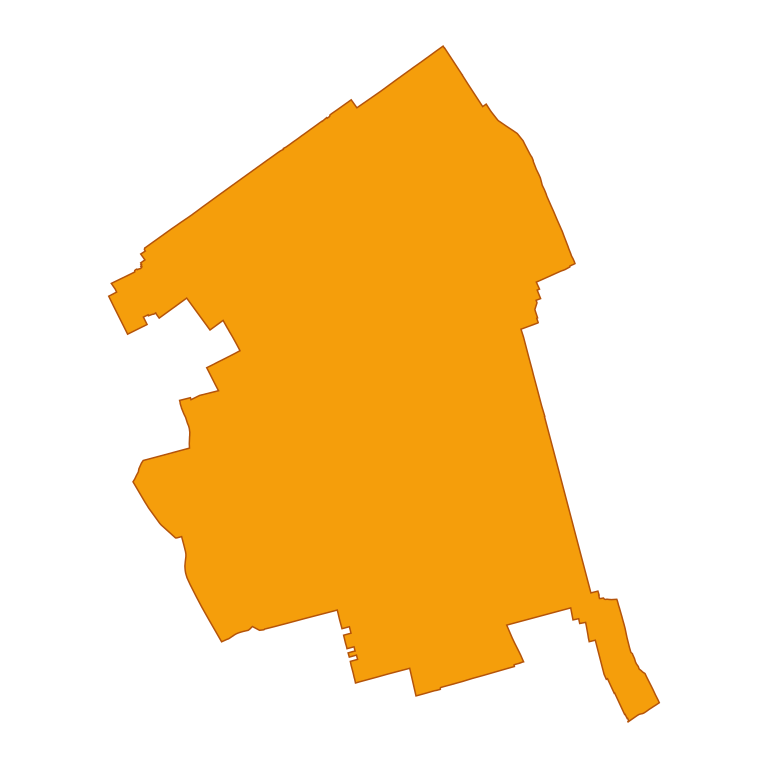 Delft, Zuid-Holland, Netherlands (Albers equal-area conic projection)
{"feature_id": "6326949B20459487982464", "entity_name": "Delft", "entity_type": "district", "adm_level": 2, "iso_a3": "NLD", "parent_name": "Netherlands", "parent_adm1": "Zuid-Holland", "projection": "albers", "projection_center": [4.365, 51.999], "detail": "fine", "context": "isolated", "style": "filled", "palette": "amber", "viewbox_px": 768, "rotation_deg": 0, "n_neighbors": 0, "source": "geoboundaries", "source_scale": "gbopen_adm2", "svg_char_len": 6016}
<svg xmlns="http://www.w3.org/2000/svg" viewBox="0 0 768 768"><path d="M659.3,702.7L658.2,700.3L657.3,698.5L655.5,695.0L652.9,689.4L651.5,686.6L647.2,678.1L646.3,676.3L645.1,673.7L644.9,673.5L644.7,673.3L643.4,672.5L642.4,671.8L641.3,670.7L639.4,669.2L639.2,669.0L639.0,668.6L638.9,668.3L638.3,666.5L636.5,664.0L635.9,662.8L635.5,662.0L634.7,659.3L634.5,658.6L633.6,656.6L633.2,655.7L632.8,654.9L632.4,653.7L630.9,652.4L629.5,647.6L627.0,637.6L625.1,628.5L624.1,624.6L622.9,620.4L621.9,616.6L621.4,614.9L619.4,607.9L618.5,605.1L618.1,603.5L617.4,601.0L616.8,599.3L611.5,599.6L611.0,599.6L610.2,599.5L609.5,599.5L607.6,599.3L607.1,599.2L606.8,599.2L606.0,599.4L605.5,599.4L605.2,599.4L604.8,599.3L604.5,599.2L604.3,599.0L604.0,598.7L603.7,598.3L603.4,598.0L602.3,598.2L601.3,598.4L600.2,598.5L599.5,598.5L598.7,595.1L599.1,595.0L597.9,591.1L590.9,592.9L574.3,529.9L573.2,525.6L557.8,467.0L544.5,416.6L544.8,416.4L541.6,405.7L537.4,389.7L533.3,374.4L532.3,370.3L528.7,356.9L523.5,337.0L521.0,329.2L538.0,322.9L538.2,322.5L536.7,318.3L537.6,317.9L535.3,311.0L535.0,309.9L534.9,309.4L537.0,302.8L536.1,300.3L540.6,298.6L537.2,290.1L539.5,289.1L536.3,282.1L542.0,279.6L556.4,273.1L560.0,271.5L561.7,270.8L563.5,270.2L565.2,269.5L569.8,267.0L569.8,266.1L572.0,265.0L573.0,264.6L575.0,263.6L574.3,261.6L573.8,260.5L573.1,258.9L571.5,255.9L570.6,253.3L568.8,248.8L568.1,246.7L564.2,236.6L562.5,232.0L562.1,230.9L561.9,230.6L557.0,219.5L553.5,211.2L550.8,205.2L547.2,197.0L546.7,195.8L546.2,194.1L544.4,189.7L542.7,186.2L542.2,185.1L541.1,180.7L540.3,177.8L538.7,174.2L536.3,169.3L535.2,166.4L533.4,161.8L533.1,160.5L533.2,160.4L531.9,157.2L531.1,156.1L529.8,153.9L524.6,143.9L523.1,140.8L519.8,136.7L517.5,133.8L517.1,133.4L512.9,130.5L505.5,125.6L499.4,121.4L498.6,120.9L498.3,120.6L497.9,120.3L497.2,119.4L491.7,112.4L490.4,110.6L486.2,104.1L482.7,106.6L468.1,84.3L462.2,75.0L462.3,74.9L461.9,74.4L444.6,48.0L444.4,48.1L443.1,46.1L435.7,51.4L426.8,57.9L420.0,62.8L419.3,63.3L418.9,63.6L414.6,66.6L408.8,70.8L395.9,80.1L380.5,91.4L378.2,93.0L375.6,94.8L373.6,96.2L356.9,107.8L351.2,99.8L347.0,102.8L336.6,110.2L331.8,113.5L330.0,114.9L329.7,116.3L329.3,116.7L327.2,118.2L326.7,117.6L325.1,118.9L322.3,121.3L322.1,121.1L319.4,123.0L312.4,128.1L310.8,129.2L308.1,131.2L303.4,134.6L301.9,135.6L298.2,138.4L293.2,141.9L289.4,144.7L287.8,145.8L286.3,146.9L284.8,147.7L283.3,148.5L283.4,149.4L281.9,150.1L280.4,150.9L277.6,152.8L273.2,156.0L267.8,159.8L242.8,177.8L219.9,194.3L201.9,207.4L199.1,209.5L195.6,212.1L193.5,213.6L192.1,214.7L183.2,220.8L181.4,222.0L172.2,228.4L171.6,228.8L150.8,243.7L145.4,247.6L144.7,248.0L144.4,249.6L145.3,251.0L144.0,251.9L143.4,252.3L140.7,254.0L144.9,259.9L141.8,262.1L140.7,262.9L141.6,264.3L140.8,264.8L141.8,266.2L140.9,266.6L141.6,267.6L140.4,268.6L138.4,269.1L137.5,269.6L137.1,269.2L136.8,269.1L136.3,269.3L135.1,270.2L134.7,270.6L134.7,271.6L134.7,272.0L131.3,273.7L111.3,283.4L115.2,289.1L116.6,292.1L108.7,296.2L113.3,305.6L125.7,330.3L127.6,334.2L147.1,324.5L143.4,317.1L148.1,314.8L148.4,315.8L152.8,314.2L153.8,314.2L155.7,312.9L155.9,313.1L155.7,313.3L159.2,318.1L186.7,298.1L210.0,330.0L223.1,320.4L227.4,328.1L227.9,328.9L228.2,329.4L229.7,332.1L230.2,332.9L232.5,336.8L237.1,345.2L239.7,350.1L240.0,350.8L239.9,350.9L239.6,350.9L235.0,353.4L225.6,358.2L218.2,361.9L211.8,365.2L206.7,367.7L208.1,370.4L215.3,384.6L218.5,390.7L199.7,395.4L191.0,399.7L190.4,397.7L179.6,400.4L180.1,402.3L180.2,403.6L180.9,406.0L181.3,407.1L181.5,408.2L181.6,408.3L183.1,412.0L183.5,413.0L184.2,414.6L184.9,416.0L185.6,417.4L187.4,423.1L187.7,423.8L187.8,424.1L188.5,425.7L188.9,427.0L189.3,428.6L189.7,431.6L189.8,432.1L189.7,436.1L189.6,436.4L189.5,439.0L189.3,443.5L189.3,443.9L189.5,448.1L179.4,450.8L143.2,460.5L141.4,463.2L138.9,468.8L138.3,472.0L136.4,475.5L134.7,479.1L133.0,481.8L145.0,502.2L147.3,505.8L148.3,507.5L149.2,508.8L159.7,523.3L160.5,524.2L161.2,525.0L175.5,537.9L176.4,537.9L176.8,537.9L178.0,537.6L181.6,536.6L183.9,545.2L185.5,551.6L185.9,554.1L185.9,556.5L185.3,561.5L184.9,566.0L185.0,568.0L185.2,570.4L185.6,572.9L186.3,575.4L187.0,577.7L188.4,580.8L190.2,584.7L196.3,596.7L201.8,607.1L205.5,613.7L208.9,619.7L221.6,641.8L225.6,640.0L226.9,639.4L228.4,638.9L229.1,638.5L234.7,634.7L235.6,634.2L236.5,633.7L238.2,633.0L239.6,632.5L240.9,632.1L243.4,631.4L248.2,630.3L248.5,630.1L248.9,629.8L249.6,629.3L250.6,628.3L252.4,626.5L259.5,630.3L263.0,629.9L264.0,629.7L264.6,629.1L275.3,626.4L281.3,624.8L287.8,623.1L304.9,618.5L334.5,610.8L337.2,610.0L337.9,612.6L339.5,619.4L342.0,628.7L349.4,626.7L351.0,633.2L343.6,635.2L344.6,639.3L344.9,640.6L345.6,643.5L346.4,646.1L347.0,648.7L354.0,646.8L354.4,648.2L354.7,649.7L355.1,651.0L352.6,651.6L348.1,652.9L349.3,657.1L356.5,655.1L357.6,659.4L350.3,661.4L351.0,664.7L351.1,665.3L351.6,667.1L353.0,672.4L353.3,673.6L354.2,677.6L354.6,678.9L355.2,681.6L355.5,683.0L356.0,682.9L358.6,682.1L377.0,677.1L387.3,674.2L409.7,668.3L416.0,695.9L419.4,695.0L425.9,693.2L432.1,691.4L434.6,690.7L436.4,690.4L440.2,689.4L440.4,689.2L440.3,688.8L440.3,688.5L440.3,688.1L440.4,687.9L440.5,687.7L441.0,687.4L457.0,683.0L462.4,681.5L472.5,678.4L483.4,675.4L492.4,672.8L504.2,669.4L508.0,668.3L514.4,666.5L514.0,665.0L514.8,664.6L515.8,664.2L516.3,664.1L518.9,663.4L520.2,663.0L520.1,662.9L521.8,662.3L523.6,661.8L523.4,661.4L523.1,660.7L522.3,658.9L520.7,655.2L518.8,651.3L514.9,643.6L513.5,640.7L512.1,637.7L506.7,625.1L570.7,607.9L573.0,619.9L578.7,618.7L579.7,623.5L585.6,622.4L586.3,625.8L587.3,631.3L587.9,634.7L588.4,638.0L588.7,639.4L589.2,641.7L595.3,640.2L604.1,674.4L606.3,679.3L607.5,678.7L614.2,693.2L614.6,692.9L614.7,693.1L624.6,714.4L625.0,714.2L627.2,718.5L627.6,718.3L628.7,720.6L627.9,721.5L628.1,721.9L634.4,717.5L636.4,716.1L637.0,715.7L637.5,715.3L638.0,715.1L638.4,714.8L638.7,714.6L639.2,714.4L640.5,714.0L641.5,713.8L642.5,713.6L643.5,713.2L644.1,712.9L646.1,711.6L647.5,710.6L649.1,709.4L649.9,708.9L650.6,708.4L651.3,708.0L653.4,706.6L656.1,704.9L659.3,702.7Z" fill="#f59e0b" stroke="#b45309" stroke-width="1.5"/></svg>